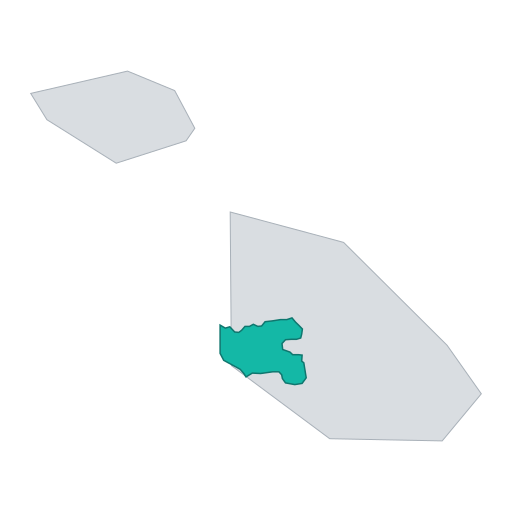 Rabat highlighted on a map of Malta
{"feature_id": "MLT-5923", "entity_name": "Rabat", "entity_type": "state/province", "adm_level": 1, "iso_a3": "MLT", "parent_name": "Malta", "parent_adm1": "", "projection": "natural_earth1", "projection_center": [14.386, 35.882], "detail": "fine", "context": "in_parent", "style": "filled", "palette": "teal", "viewbox_px": 512, "rotation_deg": 0, "n_neighbors": 0, "source": "natural_earth", "source_scale": "10m", "svg_char_len": 958}
<svg xmlns="http://www.w3.org/2000/svg" viewBox="0 0 512 512"><path d="M481.3,393.8L442.2,440.9L329.7,438.7L231.4,365.6L230.2,212.0L343.6,242.4L447.1,345.3L481.3,393.8ZM186.1,140.8L116.2,163.2L46.9,119.7L30.7,93.4L127.5,71.1L174.7,90.6L194.8,128.3L186.1,140.8Z" fill="#d9dde1" stroke="#a8b0b8" stroke-width="1"/><path d="M246.0,376.9L243.9,373.6L240.2,369.3L223.7,360.3L220.1,353.4L220.1,325.1L225.3,328.1L229.8,326.8L234.7,332.0L238.8,332.4L241.6,330.3L245.0,326.4L249.5,326.4L253.3,324.3L257.8,326.4L261.6,326.0L265.1,321.7L272.3,320.9L280.6,319.6L286.8,319.6L292.0,317.9L295.5,322.1L298.6,325.1L302.4,329.0L301.7,334.1L300.7,338.0L296.5,339.3L291.3,339.3L285.5,339.7L282.0,343.5L282.7,349.5L290.0,352.1L292.7,354.7L298.6,354.7L302.1,355.1L301.7,361.1L303.8,362.8L306.2,377.8L302.1,383.4L294.8,384.6L285.5,382.9L282.4,378.6L281.7,374.8L278.9,371.8L272.7,371.8L260.6,373.5L252.3,373.1L246.0,376.9Z" fill="#14b8a6" stroke="#0f766e" stroke-width="1.5"/></svg>